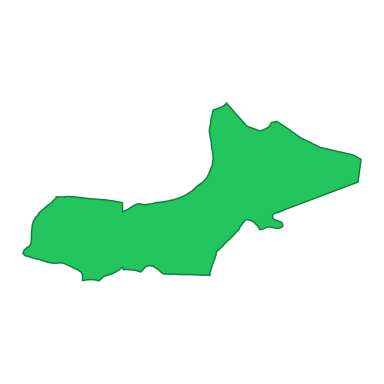 outline of Gossas, Fatick, Senegal
{"feature_id": "50182788B90737446104605", "entity_name": "Gossas", "entity_type": "district", "adm_level": 2, "iso_a3": "SEN", "parent_name": "Senegal", "parent_adm1": "Fatick", "projection": "orthographic", "projection_center": [-15.925, 14.558], "detail": "fine", "context": "isolated", "style": "filled", "palette": "green", "viewbox_px": 384, "rotation_deg": 0, "n_neighbors": 0, "source": "geoboundaries", "source_scale": "gbopen_adm2", "svg_char_len": 5930}
<svg xmlns="http://www.w3.org/2000/svg" viewBox="0 0 384 384"><path d="M56.3,196.7L56.1,197.4L55.6,198.2L55.4,198.8L55.2,199.3L54.5,199.6L53.8,200.3L52.9,200.9L52.2,202.0L51.8,202.7L51.2,203.0L50.2,203.5L49.5,204.4L48.4,204.9L47.1,205.8L46.4,206.6L45.2,207.3L44.6,208.2L43.9,208.8L42.4,209.8L41.5,210.7L41.1,211.4L40.2,212.0L39.1,212.8L38.5,214.3L37.9,215.0L37.3,215.9L35.7,217.0L35.2,217.8L34.9,219.2L34.2,220.0L33.6,220.9L33.3,221.7L32.9,222.9L32.7,223.7L32.5,224.5L32.3,225.4L32.0,226.8L32.1,229.0L31.8,229.6L31.8,230.8L31.6,232.1L31.6,233.2L31.4,233.6L31.4,235.2L31.5,236.4L31.3,237.3L31.5,238.4L31.4,239.1L31.0,243.2L31.0,243.3L30.5,244.2L30.5,244.6L30.2,245.1L29.3,246.0L28.8,246.5L28.4,246.8L27.8,247.1L27.1,247.4L26.7,248.0L26.4,248.2L26.1,248.5L25.7,249.0L25.3,249.0L24.4,249.8L23.9,250.6L23.6,251.7L23.1,252.7L23.0,253.6L23.5,254.0L24.3,254.7L24.5,255.2L25.2,255.5L25.8,255.9L26.6,256.2L27.4,256.4L27.9,256.3L28.6,256.4L29.4,256.9L29.9,257.1L30.8,257.2L31.2,257.5L31.3,257.6L32.3,257.8L33.1,257.9L33.9,258.1L34.5,258.4L35.3,258.6L36.0,258.8L36.4,259.0L37.4,259.1L38.2,259.2L38.8,259.2L40.0,259.8L41.0,260.0L42.3,260.5L43.0,260.7L43.8,261.0L44.4,261.2L45.3,261.4L46.4,261.9L47.5,262.1L48.1,262.3L49.2,262.6L49.8,262.7L51.0,262.9L51.9,262.9L53.2,263.1L54.5,263.3L55.4,263.1L57.2,263.1L58.5,262.9L59.9,262.7L60.6,262.9L61.2,262.8L61.9,263.0L62.3,263.1L62.5,263.1L63.3,263.1L63.8,263.2L64.4,263.5L65.0,263.9L65.8,264.3L66.6,264.7L67.4,264.9L68.3,265.3L69.3,265.8L70.1,266.2L70.8,266.4L71.4,266.8L71.9,267.2L73.1,267.6L73.9,268.2L74.4,268.5L75.3,268.7L76.0,269.1L77.3,269.4L77.8,269.9L78.2,270.2L79.8,271.3L80.5,271.6L81.3,272.3L82.0,273.7L82.6,275.5L82.6,277.5L82.5,279.8L82.5,280.1L82.4,280.5L83.8,280.5L86.5,279.9L88.2,279.7L90.8,279.6L94.0,279.7L95.7,280.0L99.0,280.9L103.9,276.2L105.6,275.9L108.4,274.9L112.3,273.8L112.8,273.5L114.0,272.7L115.9,271.9L118.1,270.5L120.9,268.4L122.9,267.4L123.3,269.5L123.9,269.5L125.3,269.5L128.3,269.7L130.2,270.0L134.1,270.0L135.2,270.2L140.2,271.8L140.8,272.0L140.9,271.8L143.3,269.3L144.0,268.7L144.0,268.4L145.0,267.3L146.0,266.6L147.5,266.0L148.7,265.7L150.1,265.6L152.0,266.1L153.6,266.5L154.6,267.2L155.7,267.8L156.4,268.3L157.0,268.8L157.7,269.2L158.6,269.7L159.1,270.4L160.1,271.2L161.0,272.1L162.4,273.2L163.2,273.7L164.4,274.0L165.0,274.1L166.6,274.0L168.0,274.1L169.7,274.2L170.9,274.2L172.0,274.2L173.8,274.2L174.9,274.1L176.5,274.3L178.5,274.6L180.3,274.6L184.0,274.6L186.4,274.6L187.7,274.7L189.2,274.7L190.9,274.5L193.8,274.8L195.6,274.8L197.7,275.0L199.4,274.9L201.1,275.1L203.2,275.1L205.4,275.1L207.6,275.0L210.0,275.2L209.9,272.7L210.2,271.8L210.7,270.8L211.0,269.2L211.6,267.8L212.1,265.8L212.8,263.8L213.5,261.9L214.6,259.4L215.2,257.2L215.8,255.7L216.0,254.6L216.2,253.2L216.5,252.1L217.4,251.0L218.7,249.9L219.7,248.8L221.4,247.3L223.0,245.7L223.8,244.5L225.5,243.0L226.7,241.6L227.9,240.5L229.0,239.7L229.9,238.7L231.9,236.9L233.3,235.5L234.3,234.2L235.4,233.1L236.1,232.4L236.8,231.5L237.0,231.2L238.1,230.6L238.9,229.5L239.7,228.0L240.1,226.8L241.0,225.7L241.9,224.5L242.6,223.3L243.5,222.2L244.3,221.2L245.3,220.3L246.2,219.6L247.1,219.7L247.9,219.8L248.9,220.0L250.2,220.3L251.6,220.8L252.8,221.5L253.7,222.1L254.7,223.0L255.3,223.8L256.3,224.7L257.2,225.5L258.0,226.4L258.5,227.5L259.3,228.2L259.4,228.9L259.9,229.6L261.2,229.5L262.4,229.3L263.9,228.5L265.5,227.9L266.8,227.3L268.0,227.0L269.3,226.8L270.7,227.1L272.0,227.5L273.0,227.6L274.4,227.9L275.6,228.1L277.1,228.3L278.2,228.2L279.7,228.2L280.7,227.7L281.5,227.3L282.6,226.6L282.8,226.0L282.7,225.1L282.6,224.2L282.1,223.2L281.4,222.2L279.4,221.4L277.3,220.6L275.2,220.0L273.9,219.2L272.9,218.3L272.7,217.1L272.5,215.8L273.0,214.7L273.7,214.0L274.4,213.5L275.5,213.0L276.8,212.7L277.1,212.7L278.7,212.2L280.4,211.5L282.0,211.0L283.3,210.4L284.8,209.6L309.2,200.4L321.4,195.8L333.7,191.2L345.9,186.6L358.1,182.0L358.2,180.9L361.0,159.4L353.2,155.0L345.0,153.1L336.7,151.2L320.2,147.4L313.7,144.2L307.2,141.0L300.6,137.8L295.1,133.9L289.6,130.0L284.1,126.2L277.6,121.9L276.9,121.4L271.7,122.4L268.7,127.2L260.5,131.1L247.1,126.3L240.2,118.6L233.3,110.9L226.5,103.1L226.0,103.8L226.0,104.4L225.0,104.7L224.4,105.5L223.6,105.9L222.8,106.4L221.9,106.9L220.5,107.4L219.5,107.8L218.8,108.1L217.8,108.5L216.7,108.9L215.8,109.2L214.5,109.6L213.3,110.0L212.8,111.5L212.5,113.2L212.3,114.4L211.9,115.9L211.5,117.2L211.0,119.0L210.9,120.6L210.6,123.1L210.4,124.6L209.9,126.6L209.8,127.5L209.4,129.3L209.3,131.4L209.5,132.6L209.8,134.1L210.1,135.3L210.3,137.3L210.8,139.6L211.1,140.6L211.2,142.0L211.4,144.0L211.5,145.5L211.8,147.4L212.1,149.7L212.6,151.6L212.7,153.5L213.0,154.8L213.0,156.5L213.2,158.0L213.1,159.2L212.7,161.1L212.6,162.4L212.6,163.3L212.2,164.8L212.0,166.1L211.4,167.4L210.7,168.8L210.4,170.0L209.9,171.2L209.8,171.6L209.2,172.5L208.9,173.9L208.5,174.7L208.3,175.0L207.7,175.8L207.1,177.2L206.7,178.2L205.7,178.9L204.9,179.7L204.0,180.8L202.8,182.3L201.7,182.9L200.6,183.7L199.4,184.5L198.0,185.4L196.6,186.5L195.7,187.5L194.8,188.3L194.5,189.0L193.4,189.5L192.5,190.7L191.0,191.5L190.2,192.2L188.9,193.0L187.4,193.9L186.3,194.7L184.9,195.4L183.4,196.1L182.2,196.6L180.6,197.5L179.4,197.8L178.0,198.4L177.0,198.6L175.4,199.2L173.5,199.7L172.0,200.2L170.2,200.3L168.4,201.1L167.2,201.1L165.2,201.6L163.2,201.9L159.9,202.2L159.6,202.3L158.9,202.4L157.0,202.3L155.7,202.8L154.2,203.0L153.1,203.5L152.2,203.8L150.9,204.1L149.2,204.0L147.4,204.3L146.7,204.7L145.5,204.6L144.0,204.7L142.8,204.7L141.1,204.2L139.4,203.8L137.8,204.0L136.5,204.2L135.6,204.6L134.4,205.3L133.0,206.0L131.2,207.2L130.0,207.9L128.4,209.1L127.4,209.5L126.4,210.0L125.1,210.7L123.8,211.3L123.5,211.9L123.1,212.0L122.5,212.1L122.5,203.0L122.5,202.9L122.4,202.7L121.8,202.5L118.2,201.9L115.3,201.3L113.0,200.9L109.4,200.5L106.3,199.9L104.7,199.8L98.5,199.4L95.1,199.1L90.4,198.7L85.9,198.3L80.4,197.6L74.2,196.8L67.9,196.5L64.4,196.9L59.2,197.0L56.5,196.7L56.3,196.7Z" fill="#22c55e" stroke="#15803d" stroke-width="1.5"/></svg>